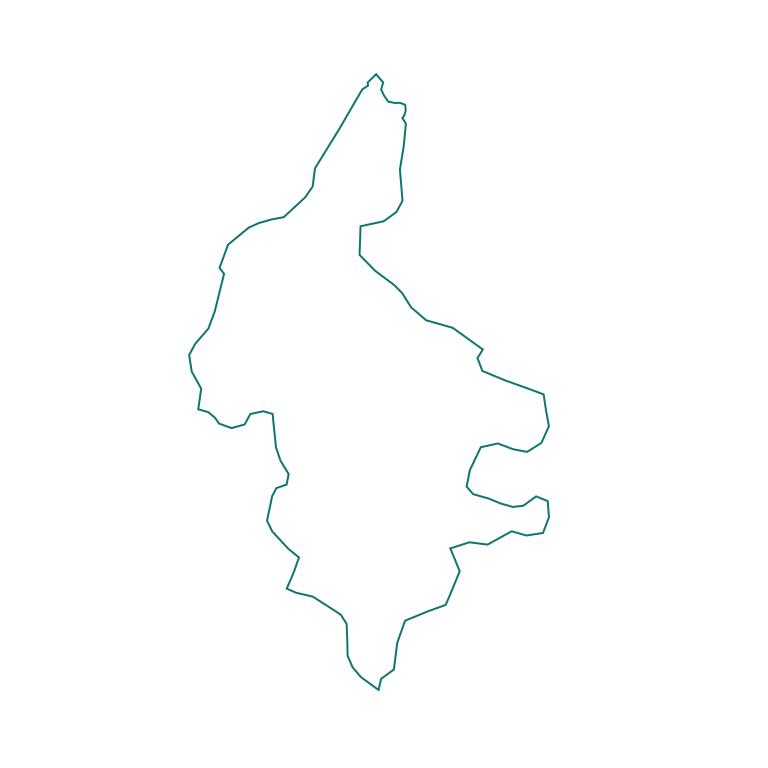 the district of Yeongam-gun, South Jeolla, South Korea, rotated 106°
{"feature_id": "91817680B36456413113015", "entity_name": "Yeongam-gun", "entity_type": "district", "adm_level": 2, "iso_a3": "KOR", "parent_name": "South Korea", "parent_adm1": "South Jeolla", "projection": "mercator", "projection_center": [126.62, 34.807], "detail": "fine", "context": "isolated", "style": "outline", "palette": "teal", "viewbox_px": 768, "rotation_deg": 106, "n_neighbors": 0, "source": "geoboundaries", "source_scale": "gbopen_adm2", "svg_char_len": 1578}
<svg xmlns="http://www.w3.org/2000/svg" viewBox="0 0 768 768"><g transform="rotate(106 384 384)"><path d="M655.7,295.8L629.3,299.9L605.7,298.5L590.4,279.1L579.3,263.8L568.2,262.4L543.2,259.6L523.7,274.9L512.6,258.2L509.8,240.2L490.4,220.7L490.4,205.4L483.4,190.1L466.7,188.7L451.5,194.3L450.1,206.8L462.6,216.5L466.7,226.3L466.7,238.8L465.3,251.3L465.3,268.0L459.8,276.3L443.1,277.7L418.1,273.5L409.8,258.2L411.1,241.6L409.8,227.7L397.3,216.5L379.2,213.8L365.3,220.7L350.0,227.7L348.6,245.7L347.2,268.0L344.4,293.0L333.3,301.3L323.6,298.5L311.1,333.3L311.1,361.1L302.8,379.1L291.6,391.6L286.1,401.4L277.7,423.6L266.6,443.1L238.8,450.0L227.7,429.2L215.2,419.4L202.7,416.7L173.5,427.8L149.9,430.6L127.7,434.7L123.4,439.6L119.9,438.5L115.1,438.5L109.8,440.6L109.7,441.9L109.3,446.0L110.9,451.3L111.4,457.7L106.6,463.6L101.8,467.9L94.3,467.9L91.3,472.6L88.4,476.9L98.6,482.8L101.6,481.6L106.8,486.1L151.3,497.3L195.7,509.8L213.8,507.0L226.3,511.2L251.3,526.4L256.9,537.6L263.8,548.7L270.8,557.0L293.0,572.3L317.7,574.1L322.2,568.1L361.1,566.7L379.2,568.1L397.3,576.5L409.8,579.3L425.0,572.3L438.9,558.4L459.5,555.6L459.5,545.1L463.1,537.1L467.5,531.7L468.4,518.4L461.3,506.8L449.7,504.2L443.5,492.6L443.5,482.8L452.4,479.3L474.6,470.4L486.2,462.4L496.9,450.8L507.5,449.9L513.8,458.8L522.7,460.6L534.2,459.7L547.6,458.8L556.5,450.8L568.9,430.3L574.2,417.9L589.4,418.8L607.5,421.1L608.9,410.8L608.0,393.9L615.2,369.9L617.8,361.8L624.9,353.8L641.0,348.5L655.2,344.1L665.0,336.1L672.1,325.4L679.6,304.9L668.2,305.5L655.7,295.8Z" fill="none" stroke="#0f766e" stroke-width="2"/></g></svg>